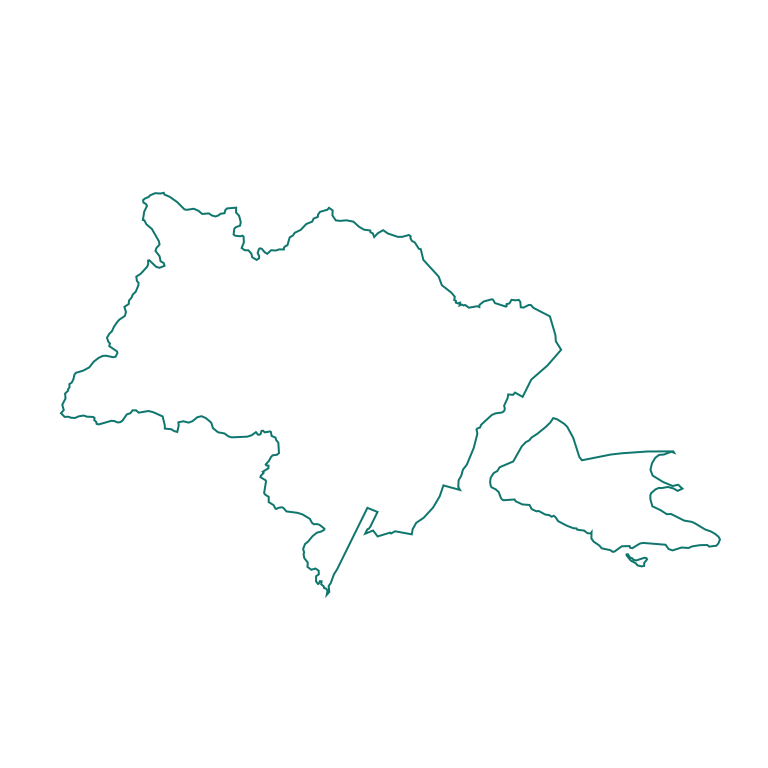 Erakor, Shefa, Vanuatu, rotated 266°
{"feature_id": "77236927B27814537301823", "entity_name": "Erakor", "entity_type": "district", "adm_level": 2, "iso_a3": "VUT", "parent_name": "Vanuatu", "parent_adm1": "Shefa", "projection": "robinson", "projection_center": [168.36, -17.71], "detail": "fine", "context": "isolated", "style": "outline", "palette": "teal", "viewbox_px": 768, "rotation_deg": 266, "n_neighbors": 0, "source": "geoboundaries", "source_scale": "gbopen_adm2", "svg_char_len": 6127}
<svg xmlns="http://www.w3.org/2000/svg" viewBox="0 0 768 768"><g transform="rotate(266 384 384)"><path d="M177.7,312.2L180.4,314.9L186.3,314.7L189.1,317.0L197.5,320.7L202.4,324.3L261.6,358.8L256.8,368.6L242.8,360.5L240.7,358.8L240.2,357.2L236.0,354.8L238.6,362.9L232.4,367.0L235.3,379.7L234.4,380.6L236.3,384.8L232.1,401.2L237.3,402.5L243.3,406.5L247.8,414.3L257.3,424.3L268.0,431.7L278.7,436.2L273.0,452.4L276.2,450.9L282.7,451.7L287.2,454.7L293.1,456.8L297.6,460.9L313.8,469.0L327.9,473.7L332.1,473.1L333.2,474.1L333.9,476.8L336.5,478.0L345.6,489.4L346.9,493.1L347.3,499.4L348.2,501.3L349.4,502.4L351.3,502.8L354.0,502.3L361.2,506.3L364.9,507.2L364.2,512.0L366.3,514.1L361.5,521.4L378.1,531.2L391.0,548.3L405.8,563.1L414.6,558.4L420.9,558.4L439.9,554.2L449.5,538.4L452.4,536.2L452.8,534.0L450.5,528.6L451.0,525.8L456.4,525.7L458.5,524.3L458.3,521.0L459.1,517.1L455.7,514.8L455.1,511.8L453.0,511.7L452.7,511.0L457.0,500.3L460.2,498.8L461.0,497.6L459.4,489.3L456.3,484.8L454.1,484.5L455.1,482.4L454.2,474.1L457.2,470.4L456.8,468.8L457.9,467.0L457.1,464.8L459.8,465.5L459.3,463.0L460.1,461.4L462.0,461.5L462.9,459.9L466.1,460.7L470.4,457.6L478.5,448.6L487.4,446.0L505.1,431.9L515.9,430.1L516.4,428.2L522.9,424.7L524.9,421.7L527.8,420.5L529.5,420.9L530.9,419.3L529.5,412.2L529.8,408.1L533.9,398.3L537.5,393.9L534.9,388.4L531.3,384.5L535.1,383.3L536.3,381.1L538.1,381.0L539.4,374.7L542.6,370.1L548.1,364.8L549.9,357.9L549.8,351.5L550.6,347.3L555.8,344.3L560.7,344.9L563.6,341.4L561.8,339.7L560.2,332.2L557.6,330.0L555.3,329.6L553.9,325.3L551.0,323.7L549.0,317.6L543.5,311.6L541.1,305.5L538.5,303.5L536.9,300.2L529.1,297.3L528.3,295.0L526.9,293.7L525.2,293.5L525.6,288.8L524.7,285.5L525.3,280.7L522.0,276.7L523.7,274.2L527.4,271.5L528.0,269.8L527.3,268.7L523.4,267.1L520.2,268.4L518.1,268.1L516.7,265.6L519.7,261.3L523.2,260.8L526.8,258.1L527.2,254.3L529.6,251.5L535.1,254.1L540.8,254.2L541.8,253.3L541.4,250.8L542.3,245.9L543.6,244.4L549.3,245.5L550.7,247.0L552.0,251.4L555.2,252.4L561.9,251.2L565.4,248.4L570.2,248.8L570.1,239.7L568.8,238.0L565.5,236.8L565.2,232.7L563.7,230.6L562.9,227.7L564.1,224.1L566.4,221.2L566.3,214.5L569.7,211.0L572.1,206.5L571.5,199.6L572.1,197.1L579.7,190.6L585.7,183.3L588.3,178.2L590.1,177.6L589.6,174.4L590.3,169.1L588.5,163.7L587.2,162.6L585.5,158.1L584.2,156.5L581.8,156.7L580.2,159.1L578.2,160.0L572.6,156.8L564.4,154.9L564.0,156.3L559.8,158.2L554.8,163.3L542.1,169.4L538.7,169.8L535.6,166.5L532.7,165.3L527.2,169.0L522.0,169.7L520.0,172.7L517.2,173.3L515.6,168.3L516.6,165.1L523.9,158.4L523.5,157.2L520.3,157.2L517.5,155.9L511.0,149.1L508.4,144.4L504.0,144.7L502.1,146.2L499.6,145.9L493.4,142.8L490.8,139.7L487.7,138.1L485.0,135.4L481.7,135.0L479.0,130.4L473.8,131.6L470.0,130.3L466.6,124.4L464.5,122.3L460.1,118.7L455.5,116.2L453.4,113.6L449.5,110.9L445.5,111.9L443.6,113.4L440.9,112.6L435.2,119.9L433.7,120.3L430.0,118.2L429.6,115.6L431.6,108.8L431.6,105.3L430.0,101.2L426.6,96.1L421.1,91.1L418.3,84.8L416.6,77.3L414.8,75.8L410.4,74.5L407.2,72.6L405.8,70.1L402.7,70.1L400.9,68.6L399.4,68.4L396.7,65.2L391.8,65.3L385.8,61.6L380.3,62.7L377.4,59.7L373.5,63.1L373.3,67.1L372.1,69.6L371.7,73.6L373.0,77.0L373.5,82.3L372.2,85.1L371.4,91.6L370.3,92.9L368.3,92.4L366.2,94.3L364.2,94.6L363.6,96.8L366.3,109.5L365.8,112.5L364.2,115.7L364.3,118.1L365.6,120.5L371.6,125.3L372.6,129.0L375.3,131.4L375.0,134.9L372.5,137.3L373.5,147.2L371.9,152.0L367.1,160.9L358.3,162.4L354.8,162.3L353.7,168.7L351.6,171.5L350.6,174.4L356.7,176.3L360.1,176.2L360.8,181.2L359.1,186.5L360.3,190.4L363.9,195.5L364.6,199.7L362.5,203.8L358.5,208.0L357.1,209.1L351.9,210.3L347.4,215.1L345.8,221.4L342.6,225.2L341.4,228.4L341.0,243.9L342.1,248.4L344.9,252.9L342.2,254.8L342.1,256.2L342.7,257.4L345.8,258.6L345.8,260.1L344.1,261.6L344.6,267.1L344.0,267.8L340.0,268.3L338.1,272.0L335.7,272.5L332.8,274.5L322.4,274.4L320.9,272.3L320.6,267.9L319.1,266.2L315.2,263.8L312.0,260.4L311.0,260.9L310.6,263.1L308.0,262.8L304.9,256.9L303.7,257.7L301.1,254.8L299.7,254.2L296.2,259.2L295.0,259.5L283.6,256.8L281.9,257.8L279.5,261.1L274.2,260.8L270.8,265.5L267.4,266.9L266.8,267.9L267.8,269.8L268.2,273.4L267.2,275.2L263.7,277.8L261.5,288.8L259.6,293.6L254.6,300.7L250.8,302.3L249.0,304.2L248.9,307.7L248.0,309.9L243.8,314.5L242.7,314.2L241.0,310.5L240.4,306.7L237.1,302.0L232.1,297.3L229.9,294.1L225.1,291.8L221.5,292.6L219.9,291.9L216.0,292.3L211.1,295.5L206.9,294.9L203.8,298.5L204.7,302.8L202.3,305.8L198.7,305.7L197.0,302.9L191.9,302.4L189.1,304.2L189.4,305.0L191.8,306.3L191.5,308.0L188.5,307.4L186.3,309.8L184.6,310.0L183.9,312.1L181.7,313.2L177.7,312.2ZM296.6,667.9L298.3,642.5L298.3,616.5L297.8,605.1L294.1,576.1L297.5,573.8L317.2,569.0L328.5,563.8L331.8,560.9L336.7,554.3L338.2,550.5L334.0,547.2L330.0,542.5L323.6,533.4L320.4,527.6L317.6,524.9L316.1,521.4L312.2,517.1L297.7,507.5L292.9,493.6L289.3,491.0L287.5,487.2L282.9,483.8L278.7,483.0L275.4,483.3L273.5,484.0L271.1,488.1L268.2,490.9L262.6,492.5L260.7,493.6L259.7,495.1L259.7,506.2L257.8,507.2L254.2,513.7L253.2,520.7L248.9,522.6L246.4,527.1L246.5,529.5L242.5,535.8L241.7,539.6L239.9,542.0L240.7,544.1L239.2,545.8L235.1,548.1L230.0,556.3L226.9,562.9L226.5,566.0L225.2,566.6L223.8,573.4L220.9,576.7L220.5,579.7L221.7,580.7L215.4,580.1L212.2,582.1L207.8,587.6L204.9,589.7L202.5,598.1L200.5,600.7L200.9,602.5L205.5,609.8L205.2,617.7L203.5,618.1L202.9,620.2L207.0,628.2L207.4,631.4L204.0,653.7L199.5,656.4L197.9,660.3L200.1,669.4L199.2,676.4L200.5,680.1L201.2,688.1L200.8,695.3L199.1,697.1L199.5,704.3L201.7,706.5L205.6,708.3L208.2,707.1L211.2,704.1L214.1,699.8L216.5,694.2L223.7,683.9L225.0,681.4L226.8,673.9L234.3,661.3L234.4,657.0L238.9,651.0L243.3,643.2L250.3,641.7L254.3,641.9L256.4,642.8L259.9,647.4L261.2,651.0L260.8,653.6L261.5,659.9L259.6,665.5L256.9,669.5L258.8,674.4L263.0,670.4L262.1,664.9L266.7,655.7L273.9,645.6L279.8,643.8L286.2,645.8L291.4,649.4L294.1,653.5L294.1,658.3L296.4,666.0L295.2,668.6L296.6,667.9ZM185.4,624.2L184.1,628.2L184.4,630.8L187.4,631.1L190.7,634.2L192.0,633.6L192.5,631.7L190.4,623.4L191.2,620.7L193.0,619.2L193.7,617.3L197.2,615.4L197.1,614.1L196.0,614.1L190.5,618.0L187.7,622.6L185.4,624.2Z" fill="none" stroke="#0f766e" stroke-width="2"/></g></svg>